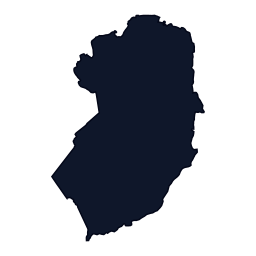 Nauzontla, Puebla, Mexico
{"feature_id": "50627088B22298863310989", "entity_name": "Nauzontla", "entity_type": "district", "adm_level": 2, "iso_a3": "MEX", "parent_name": "Mexico", "parent_adm1": "Puebla", "projection": "mercator", "projection_center": [-97.592, 19.962], "detail": "fine", "context": "isolated", "style": "filled", "palette": "ink", "viewbox_px": 256, "rotation_deg": 0, "n_neighbors": 0, "source": "geoboundaries", "source_scale": "gbopen_adm2", "svg_char_len": 5612}
<svg xmlns="http://www.w3.org/2000/svg" viewBox="0 0 256 256"><path d="M77.8,61.9L77.9,62.6L76.9,63.5L76.7,65.1L77.2,66.1L76.7,67.0L75.3,67.5L74.2,68.3L74.0,69.3L74.0,70.3L74.3,71.8L75.0,73.3L76.0,74.9L76.9,75.9L77.9,77.4L80.5,80.0L80.5,80.6L79.9,81.2L78.7,81.6L78.4,82.7L79.4,85.0L80.6,86.2L81.0,86.6L82.8,87.2L84.1,87.6L85.4,88.1L85.9,88.2L86.8,89.0L87.6,89.5L88.8,90.1L89.7,91.0L91.1,92.4L93.1,92.7L95.5,91.8L96.3,93.7L99.3,112.8L87.1,123.5L87.3,123.7L87.3,124.0L87.2,124.2L86.5,124.6L85.6,125.6L82.3,128.2L76.2,133.0L75.2,134.3L76.6,136.7L75.4,137.9L74.4,138.9L74.1,139.9L73.7,140.5L73.3,141.1L73.5,142.0L74.0,143.1L74.3,144.1L74.7,144.6L75.0,145.0L75.1,145.8L74.5,146.7L74.1,147.9L70.1,153.0L63.7,161.3L57.9,168.8L51.9,176.6L53.2,178.6L56.6,183.6L59.5,187.7L65.4,196.2L67.0,198.4L67.1,198.1L67.4,197.9L67.8,197.8L68.6,197.7L69.4,197.6L70.2,197.4L70.6,197.8L71.2,198.2L72.0,198.7L72.6,199.1L73.5,199.5L73.5,199.9L73.6,200.0L73.6,200.4L73.5,200.9L73.7,201.6L74.1,202.0L74.5,202.5L75.0,202.7L75.3,203.0L75.3,203.4L75.4,203.9L75.7,204.4L76.2,204.8L76.9,205.0L77.3,205.2L77.3,205.5L77.6,206.2L77.7,206.4L77.8,207.2L87.9,228.8L88.0,229.4L88.0,230.7L87.8,231.5L87.7,232.3L87.7,233.4L87.7,233.9L87.7,235.3L87.2,235.8L86.8,236.2L86.7,236.4L86.5,237.0L86.4,237.9L86.5,240.6L88.6,240.5L89.0,239.3L89.4,238.7L90.1,238.0L90.8,236.2L91.9,234.9L92.9,233.9L94.2,233.8L95.7,234.2L97.0,234.6L97.9,234.3L98.7,233.7L99.5,233.6L101.8,234.2L103.8,234.5L104.9,233.7L105.6,232.9L106.4,232.6L107.6,233.2L109.2,231.9L111.3,231.0L112.6,231.2L114.3,231.7L115.8,230.7L117.3,229.5L118.2,227.8L120.0,226.9L121.5,226.3L122.5,225.2L123.5,224.0L124.1,223.7L124.7,223.9L125.1,224.5L125.4,225.4L125.8,225.7L127.1,225.7L128.7,225.7L130.6,225.5L131.6,224.8L131.6,223.6L131.3,222.4L131.5,221.4L132.4,220.8L133.7,220.4L135.1,220.3L136.2,220.4L139.0,219.6L141.4,217.9L144.5,216.1L146.7,214.4L150.6,213.2L152.7,212.8L155.2,211.3L157.2,210.6L160.2,207.4L161.6,205.5L163.0,201.4L162.5,199.1L164.3,196.3L167.6,191.3L169.0,185.9L171.3,183.2L172.5,181.0L174.1,179.2L176.9,177.0L178.4,175.5L179.2,174.4L179.7,173.1L180.2,171.8L181.3,169.9L182.4,168.5L184.0,167.7L185.5,167.2L186.7,167.0L188.6,166.6L190.3,165.8L191.0,165.1L190.7,163.6L191.1,161.8L191.6,160.9L192.4,159.9L193.7,157.2L194.2,156.4L194.9,154.8L195.9,153.7L197.2,152.2L197.0,149.3L193.8,149.7L192.3,148.3L191.3,146.0L190.7,143.4L190.9,142.1L191.3,140.7L192.0,137.9L193.2,135.7L193.6,133.6L193.8,131.6L192.9,131.0L191.6,130.1L191.6,129.5L192.0,128.9L193.7,129.1L193.7,126.9L193.3,124.8L193.5,123.9L193.5,122.5L193.6,121.2L194.3,119.6L194.3,117.5L194.7,114.0L195.4,112.0L198.1,112.3L199.7,111.8L200.6,112.0L201.6,112.6L202.1,112.6L202.8,112.6L203.8,112.5L204.1,111.7L202.3,108.8L202.8,105.5L200.2,100.6L198.1,97.7L197.5,94.4L196.3,92.6L194.9,92.4L193.0,93.0L192.6,88.9L192.2,86.7L191.9,84.8L193.0,83.5L193.4,81.9L193.1,79.9L193.2,78.2L193.5,75.6L193.6,74.0L193.9,71.9L193.5,70.3L191.7,68.4L191.5,67.4L192.5,65.7L192.6,63.9L192.6,62.1L192.6,60.4L192.5,59.0L193.0,56.9L192.7,54.5L192.4,52.9L193.0,52.3L194.2,51.9L194.3,50.9L194.2,49.0L194.3,46.8L193.7,43.5L192.5,43.0L191.9,42.3L191.5,40.9L191.0,38.7L190.6,37.0L190.1,35.4L190.1,34.3L189.8,33.5L189.6,32.9L188.9,32.4L188.1,32.1L187.4,31.9L186.8,31.6L186.2,31.2L185.6,30.3L184.9,29.2L183.4,28.0L182.3,27.7L181.4,27.7L181.0,28.4L180.7,28.8L180.3,28.9L179.8,28.7L179.0,28.2L177.9,27.6L176.1,26.9L174.5,26.6L172.9,26.4L172.2,26.0L172.0,25.2L171.7,24.4L171.4,24.0L171.0,23.9L170.5,23.9L170.1,24.0L169.3,24.5L168.2,25.0L167.3,25.8L166.7,26.0L166.2,25.8L166.0,25.3L165.8,24.7L165.6,24.4L165.2,24.3L164.6,24.8L164.2,25.3L163.8,25.4L163.4,25.1L163.2,24.6L164.0,23.6L165.0,22.6L165.2,22.1L165.0,21.7L164.8,21.5L164.4,21.3L164.1,21.4L163.7,21.5L163.5,21.8L163.3,22.5L162.8,22.8L162.0,22.8L160.8,22.5L159.5,22.2L158.1,22.0L158.5,20.9L158.9,18.6L159.6,17.4L158.2,16.8L158.0,16.7L157.6,16.5L157.0,16.2L155.4,15.8L154.8,15.4L151.9,15.6L148.4,15.5L143.3,15.5L140.6,15.8L139.6,16.2L139.1,15.9L138.7,15.5L138.1,15.5L136.9,15.4L136.2,15.6L136.1,16.2L135.9,16.8L135.8,17.5L135.3,17.5L134.9,17.3L134.5,17.4L133.9,17.4L133.3,17.3L132.9,17.6L132.2,17.7L131.6,18.3L131.1,18.8L130.7,19.7L129.9,20.4L129.6,20.5L129.4,20.7L128.8,21.1L128.3,21.5L128.3,22.3L128.1,23.1L127.9,23.4L127.6,23.9L127.8,24.3L128.3,24.8L128.3,25.7L128.1,26.4L127.5,27.4L126.6,28.7L125.7,29.7L125.1,30.6L124.2,31.9L123.6,33.1L123.3,34.2L122.8,35.1L122.2,35.6L121.8,36.4L120.8,36.9L120.1,37.0L119.0,36.8L118.3,36.9L117.7,37.2L116.9,37.0L116.7,36.5L116.2,36.1L115.8,36.0L115.3,35.7L115.0,35.1L114.6,33.9L114.5,33.5L114.7,33.0L114.8,32.8L115.2,32.6L116.0,32.7L116.3,32.4L116.5,32.1L116.3,31.8L116.1,31.5L115.7,31.2L115.3,31.0L115.1,30.8L114.9,30.8L114.7,30.9L114.5,31.2L114.2,31.4L114.2,31.6L113.9,31.9L113.6,32.0L113.2,32.1L112.6,32.0L112.0,32.3L111.5,32.6L111.2,32.8L110.8,33.2L110.2,33.8L109.3,34.3L108.5,34.6L107.9,34.8L107.2,34.9L106.6,34.9L106.2,35.0L105.6,35.0L104.7,35.3L103.9,35.5L103.4,35.6L102.7,35.8L102.1,35.7L100.7,35.8L99.6,35.7L99.2,35.7L98.8,36.2L97.8,36.7L97.0,37.0L96.3,37.1L95.8,37.3L95.6,37.8L95.1,38.4L94.3,39.0L93.6,39.7L92.9,40.2L92.5,40.3L91.9,41.0L91.5,42.0L91.5,42.6L91.7,43.9L91.9,44.9L92.1,45.7L92.5,46.9L93.0,48.8L93.2,49.9L93.3,52.2L93.4,53.5L93.6,55.2L93.0,56.5L92.3,57.6L91.7,57.8L90.6,57.6L89.8,56.8L88.9,56.4L88.2,55.7L87.7,55.5L87.1,55.1L86.9,55.0L86.8,54.6L86.5,54.8L86.1,55.4L85.7,55.8L85.4,55.6L85.3,55.3L84.8,54.8L84.4,54.3L84.1,54.0L83.8,53.9L83.3,54.1L82.5,54.3L81.8,54.6L81.1,54.9L80.1,55.7L80.3,56.3L80.3,56.9L80.7,57.8L80.9,58.9L80.9,59.8L80.5,60.5L79.9,61.3L79.5,61.6L78.8,61.7L78.4,61.8L77.8,61.9Z" fill="#0f172a" stroke="#020617" stroke-width="1.5"/></svg>